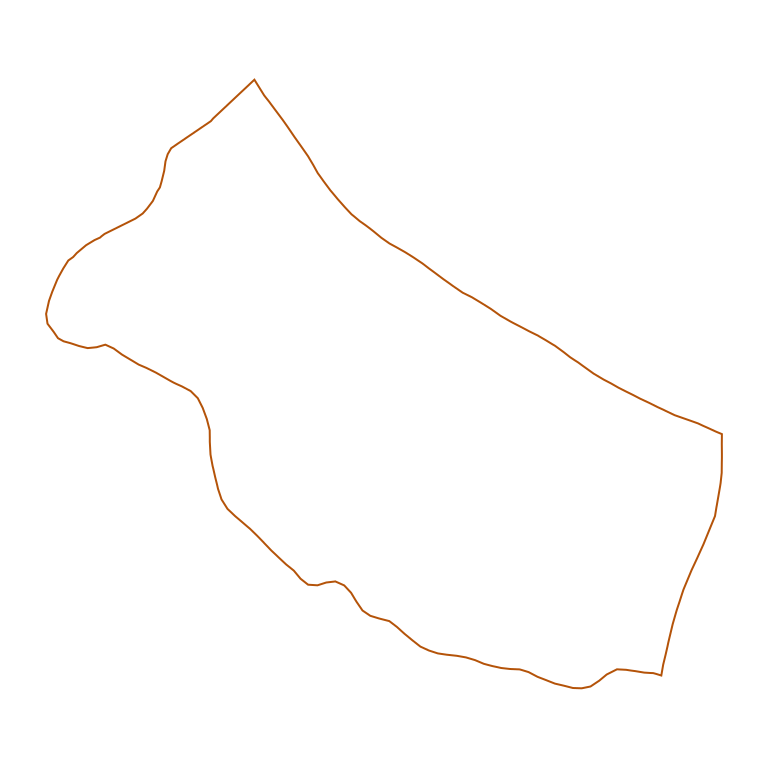 Yab'uth, Hadramawt, Yemen
{"feature_id": "15242507B24297046109512", "entity_name": "Yab'uth", "entity_type": "district", "adm_level": 2, "iso_a3": "YEM", "parent_name": "Yemen", "parent_adm1": "Hadramawt", "projection": "equal_earth", "projection_center": [47.741, 14.778], "detail": "fine", "context": "isolated", "style": "outline", "palette": "amber", "viewbox_px": 768, "rotation_deg": 0, "n_neighbors": 0, "source": "geoboundaries", "source_scale": "gbopen_adm2", "svg_char_len": 3411}
<svg xmlns="http://www.w3.org/2000/svg" viewBox="0 0 768 768"><path d="M254.4,79.7L213.2,118.4L210.9,121.1L178.0,143.5L171.2,148.2L167.7,154.2L165.5,161.3L164.2,170.8L161.6,181.4L159.9,187.4L157.2,191.5L152.9,200.9L147.0,208.7L142.7,213.5L135.4,218.6L104.6,233.9L101.2,236.5L100.2,237.5L94.5,240.1L86.1,245.2L80.5,249.9L76.7,253.1L73.2,257.0L68.3,260.5L63.3,268.4L59.2,275.8L57.2,279.7L55.1,284.8L52.2,291.9L49.0,300.9L46.1,313.9L47.5,323.7L53.7,331.9L58.0,338.2L63.6,341.3L70.2,343.1L72.4,343.8L79.0,346.0L84.3,347.3L87.6,348.1L92.9,347.6L96.7,347.2L104.9,344.8L105.4,344.7L111.5,347.5L113.7,348.5L114.1,348.8L122.0,354.6L130.7,359.8L132.4,360.8L138.7,364.6L146.4,367.9L147.0,368.2L155.9,372.6L164.5,377.5L170.8,381.1L173.6,382.6L176.3,383.9L181.9,386.4L190.7,391.1L192.1,392.5L197.8,398.2L202.7,407.9L206.8,419.0L209.7,430.2L209.8,437.4L209.8,441.8L210.5,454.5L211.0,457.4L212.6,466.0L213.3,468.8L215.2,477.2L217.1,484.8L218.0,488.8L220.6,496.6L221.5,499.4L227.5,508.9L235.0,516.0L235.8,516.7L242.4,522.3L247.4,526.6L249.9,528.7L257.1,535.7L264.0,542.8L264.2,543.1L264.3,543.2L264.8,543.7L271.3,550.5L275.9,554.8L278.6,557.4L286.2,564.5L293.8,570.6L299.7,577.7L300.5,578.7L308.1,584.7L317.5,585.3L326.3,582.5L334.1,581.6L335.3,581.4L335.7,581.6L344.2,585.4L351.1,592.8L355.0,599.3L356.6,601.9L362.5,610.5L370.3,615.8L378.5,618.3L380.3,618.8L389.3,621.1L391.4,622.7L397.0,627.0L401.5,631.1L404.5,633.8L412.4,640.3L420.4,646.6L428.9,650.5L437.8,653.4L446.6,654.7L456.8,655.8L465.9,657.4L475.0,660.1L478.6,661.6L483.8,663.8L487.9,664.9L492.5,666.1L497.2,667.1L501.2,668.0L510.1,669.0L515.0,669.2L519.7,669.4L522.4,670.2L528.6,672.1L537.5,676.8L545.0,679.7L546.3,680.2L547.8,680.8L554.9,683.6L563.9,685.7L569.0,687.0L572.9,688.0L581.7,688.3L590.5,686.5L598.6,681.1L599.1,680.8L600.3,679.8L606.7,674.5L617.0,669.3L618.3,669.4L626.1,669.8L630.6,670.5L635.2,671.1L644.2,672.6L650.6,673.0L653.2,673.1L656.1,673.9L661.3,675.5L663.2,664.6L665.6,654.7L667.5,646.4L668.1,643.5L668.5,641.7L670.5,633.3L672.7,624.1L676.0,612.6L676.8,609.9L679.5,601.8L682.1,593.7L683.5,589.5L688.0,578.7L691.5,570.3L695.8,561.1L697.2,558.1L699.5,553.0L703.5,544.2L707.5,534.4L711.5,524.6L715.0,516.1L716.5,506.9L716.7,505.9L718.6,495.0L720.0,486.9L720.6,483.1L721.7,472.9L721.8,463.0L721.9,457.7L721.9,453.5L721.8,444.0L721.9,434.1L717.3,432.2L715.9,431.6L707.4,427.7L703.1,425.8L698.0,423.4L691.0,420.9L683.0,418.1L677.0,416.0L674.7,415.2L665.9,411.0L663.5,409.8L657.6,407.1L649.0,402.8L640.0,398.6L637.9,397.5L633.3,395.1L631.5,394.2L626.0,391.5L618.5,387.7L611.0,383.4L603.7,379.6L593.6,373.6L585.4,367.7L582.6,365.7L578.1,362.4L574.8,360.3L570.1,357.2L563.9,352.3L554.9,345.7L552.8,344.5L545.6,340.1L539.4,336.5L537.8,335.5L536.1,334.7L529.2,331.3L519.9,326.4L512.9,322.8L510.3,321.4L500.5,315.8L490.7,308.8L480.6,302.5L474.3,298.7L472.0,297.3L462.7,292.7L453.1,286.1L449.8,283.7L443.3,279.1L433.0,271.4L428.9,268.4L422.4,263.4L418.2,260.6L413.6,257.5L405.8,252.6L404.1,251.6L396.5,247.3L389.5,243.5L382.1,238.3L381.5,237.9L373.5,231.3L370.3,228.8L366.2,225.7L365.1,224.9L359.8,221.2L354.1,216.4L351.5,214.3L345.6,208.0L344.5,206.8L337.6,199.0L332.2,192.5L330.4,190.4L323.7,181.4L319.5,175.5L317.8,173.2L315.9,169.8L313.2,164.9L309.5,158.7L308.1,156.3L301.6,147.0L294.5,137.0L287.5,126.7L282.7,119.9L280.6,117.1L274.4,108.8L270.9,104.1L269.3,101.9L265.8,97.5L264.1,95.3L254.4,79.7Z" fill="none" stroke="#b45309" stroke-width="2"/></svg>